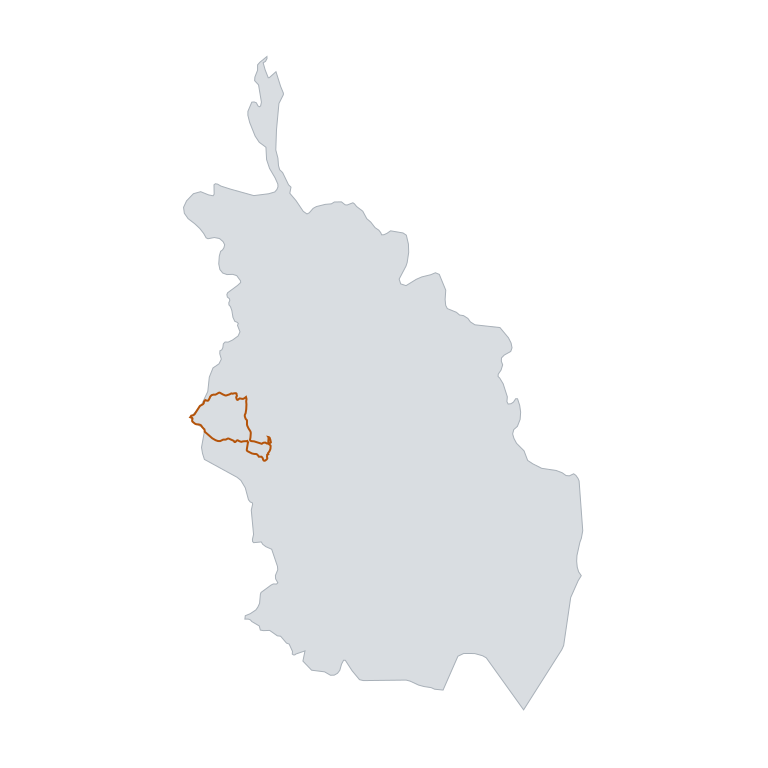 where Jawzjan sits in Afghanistan, rotated 282°
{"feature_id": "AFG-1746", "entity_name": "Jawzjan", "entity_type": "Province", "adm_level": 1, "iso_a3": "AFG", "parent_name": "Afghanistan", "parent_adm1": "", "projection": "orthographic", "projection_center": [65.748, 36.744], "detail": "fine", "context": "in_parent", "style": "outline", "palette": "amber", "viewbox_px": 768, "rotation_deg": 282, "n_neighbors": 0, "source": "natural_earth", "source_scale": "10m", "svg_char_len": 7350}
<svg xmlns="http://www.w3.org/2000/svg" viewBox="0 0 768 768"><g transform="rotate(282 384 384)"><path d="M340.0,213.2L354.4,211.7L364.2,213.4L369.4,218.4L374.5,219.7L379.4,217.1L382.4,216.6L383.6,218.2L386.1,218.8L389.9,218.5L392.0,219.8L392.6,222.9L395.5,226.7L400.6,231.3L405.1,232.3L410.9,228.5L412.9,228.9L413.8,227.6L414.3,225.0L417.8,222.4L424.2,219.9L427.8,217.7L429.1,215.9L431.3,215.3L433.7,215.8L435.3,215.1L436.5,212.7L438.8,211.7L440.8,212.1L450.0,220.3L453.5,222.7L455.1,222.2L459.4,217.4L459.8,213.2L458.4,207.7L459.0,203.2L461.8,199.7L467.1,197.4L474.9,196.3L479.8,196.6L481.6,198.2L484.1,199.1L487.1,199.2L489.8,197.0L492.1,192.8L492.0,187.6L489.5,181.6L490.0,179.6L493.8,176.3L497.8,171.5L501.5,165.4L505.0,158.0L509.5,153.2L515.1,151.2L522.1,152.8L530.5,158.0L534.0,164.7L532.5,173.1L532.6,177.7L534.3,178.4L543.5,176.3L544.8,177.4L544.9,179.7L543.7,183.3L542.7,193.2L541.2,217.5L546.1,231.6L549.1,237.2L552.0,238.8L554.8,239.3L557.5,238.6L563.0,234.6L571.1,227.2L579.1,222.5L591.0,219.3L594.5,211.7L599.7,206.4L611.8,198.3L618.5,195.0L622.4,194.2L632.2,196.1L632.9,198.3L632.5,200.7L629.9,202.8L629.2,204.4L630.3,205.5L634.2,205.5L650.5,199.1L653.8,194.4L657.4,193.9L664.6,195.1L669.9,194.0L672.9,195.7L680.0,201.4L678.0,201.9L674.9,201.0L673.1,199.0L666.6,202.4L659.5,207.1L659.8,208.1L667.0,213.4L653.6,221.0L647.6,225.1L646.1,225.4L636.5,222.9L610.2,226.0L590.4,229.5L582.8,233.3L575.6,235.4L571.9,237.4L569.7,240.9L559.0,249.2L557.2,252.1L551.0,252.2L545.0,259.9L536.1,269.1L534.3,273.3L535.9,275.3L541.1,278.2L543.5,281.0L547.5,289.2L549.3,295.1L551.7,297.6L553.3,304.5L551.2,308.7L551.4,310.7L554.8,315.9L554.1,317.6L551.9,320.3L548.6,327.3L542.1,332.8L539.6,337.4L535.1,342.7L533.4,346.9L531.4,349.3L529.4,350.7L530.0,352.9L532.0,355.6L535.2,358.6L535.7,371.2L534.2,374.9L525.9,378.8L517.8,380.8L507.7,381.4L503.9,381.0L489.8,377.0L485.4,379.5L484.8,385.1L493.1,393.8L496.6,398.7L500.6,407.0L503.5,411.2L502.7,415.3L488.6,424.9L479.4,426.2L473.7,428.0L470.9,430.3L469.2,439.9L467.2,443.5L467.4,447.6L465.6,452.4L462.7,455.6L460.8,460.6L463.3,485.7L455.1,496.1L450.5,499.8L446.0,501.7L442.2,501.2L437.3,495.6L434.0,493.5L430.7,494.0L427.4,496.1L422.0,495.6L417.4,493.7L415.1,494.0L413.8,496.0L409.0,500.5L397.1,507.3L392.3,507.9L390.2,509.6L391.1,512.3L393.2,514.4L397.0,515.9L397.3,517.7L391.2,521.2L384.9,523.5L377.7,524.5L370.3,523.3L366.4,520.4L361.9,520.2L357.8,522.4L353.5,526.0L347.7,534.9L339.1,540.4L336.9,546.0L334.3,555.8L335.2,570.4L334.2,576.8L332.3,581.1L332.7,584.4L335.6,588.2L334.5,590.7L332.0,593.4L329.7,595.0L281.8,608.9L274.0,609.1L269.9,608.5L256.3,608.4L250.7,609.3L245.0,611.1L240.8,613.4L237.5,616.8L231.9,614.8L214.0,611.0L165.6,614.1L161.0,613.1L94.3,588.3L137.4,541.0L138.7,536.9L139.2,528.8L137.0,518.0L133.1,512.9L96.9,505.4L96.0,497.0L96.8,493.3L96.4,486.0L96.7,480.4L98.8,471.3L99.0,467.2L89.6,425.5L89.7,421.5L96.9,412.4L105.7,403.6L105.4,401.9L101.2,400.7L94.8,400.3L91.4,398.7L88.9,395.9L88.0,392.2L90.1,385.7L89.0,372.7L96.1,362.3L106.5,362.2L101.6,354.0L100.5,353.1L100.2,351.7L100.8,350.4L103.4,350.1L109.9,345.3L110.3,342.5L115.8,335.3L115.5,332.0L119.2,323.4L117.7,317.4L117.6,314.2L121.4,312.3L124.1,304.2L125.5,302.3L125.8,300.2L125.1,296.8L128.5,296.5L131.5,300.9L136.3,305.6L139.5,307.0L143.6,307.9L152.7,306.8L154.6,307.1L163.8,315.3L165.4,317.3L166.0,320.5L167.5,321.5L170.9,318.5L174.1,317.6L180.2,318.7L183.5,317.7L199.0,308.5L200.3,302.3L201.9,298.8L204.0,296.8L201.7,289.5L202.6,288.2L204.7,287.6L209.7,287.7L233.0,280.4L239.1,280.5L240.4,279.9L240.8,277.7L242.6,275.5L253.6,269.9L259.9,264.1L262.2,259.7L272.9,224.0L278.4,220.9L284.0,218.7L302.9,218.1L306.4,207.0L308.1,204.4L311.4,201.9L325.3,209.7L340.0,213.2Z" fill="#d9dde1" stroke="#a8b0b8" stroke-width="1"/><path d="M311.2,201.4L311.8,201.7L312.6,201.9L313.0,202.1L313.6,203.6L314.0,204.1L314.3,204.4L315.0,205.0L324.1,208.4L324.8,209.0L326.0,210.5L326.7,211.2L327.5,211.6L328.0,211.7L329.3,211.6L329.7,211.7L330.3,212.2L330.7,212.3L331.1,212.5L331.0,212.8L330.9,214.5L331.0,214.7L331.0,215.1L331.2,215.4L331.3,215.5L331.9,215.8L334.4,216.5L335.0,216.5L335.4,216.6L336.8,217.4L337.2,217.7L337.5,218.1L337.7,218.6L337.9,219.0L338.1,219.4L338.2,219.6L338.3,219.8L338.3,220.0L338.3,220.4L338.5,221.2L338.6,221.3L339.1,222.1L341.0,224.1L341.4,225.0L341.3,225.3L341.2,225.7L341.2,225.8L341.1,226.0L340.3,228.6L340.0,230.0L339.8,231.2L340.0,232.1L340.6,233.1L341.7,235.0L342.7,236.2L343.0,236.5L343.1,236.9L343.1,237.1L343.1,237.3L343.0,237.5L343.0,237.8L343.2,238.4L343.6,239.0L343.8,239.5L344.2,241.0L344.1,241.5L343.8,241.8L343.2,241.9L343.0,242.0L342.3,242.4L342.0,242.5L341.8,242.6L341.6,242.6L340.7,242.2L340.3,242.2L340.2,242.2L338.8,242.9L338.4,243.2L338.0,243.7L338.0,244.1L338.2,244.4L339.0,245.0L339.3,245.3L339.9,245.8L340.0,248.5L340.2,249.3L340.6,249.9L341.6,250.9L342.6,251.7L341.0,252.5L340.8,252.6L340.2,252.7L339.7,252.7L338.4,252.8L335.4,253.7L330.6,254.5L326.7,254.7L325.0,254.3L323.9,254.4L323.0,254.8L321.2,255.9L321.0,256.1L320.9,256.3L320.5,256.9L320.1,257.4L319.7,257.6L315.9,258.4L314.8,258.9L312.3,260.8L310.2,262.9L309.2,263.6L308.3,263.9L303.8,264.5L301.6,264.5L301.0,264.9L300.8,265.2L300.6,265.7L300.6,266.1L300.6,266.6L300.8,268.2L300.9,268.7L300.1,276.9L301.1,277.8L301.6,278.6L301.7,279.0L301.9,279.5L302.0,279.9L302.0,280.3L301.5,281.5L301.5,282.5L301.6,282.9L301.8,283.1L307.1,282.3L307.5,282.2L307.8,282.1L308.1,281.8L308.1,282.1L308.0,282.6L307.9,282.8L307.8,283.0L307.7,283.2L307.5,283.4L307.4,283.5L307.2,283.6L306.6,283.9L305.8,284.4L305.5,284.6L304.3,285.0L304.2,285.0L303.7,285.4L303.6,285.5L303.4,285.5L303.2,285.4L302.8,285.0L302.5,284.7L302.3,284.5L302.1,284.1L301.9,283.9L301.7,283.8L301.2,284.0L301.0,284.4L301.0,284.5L300.9,284.8L300.7,285.1L300.4,285.5L300.2,285.8L299.8,286.0L297.0,286.4L295.0,286.1L293.1,285.4L292.9,285.3L292.5,285.0L292.4,285.0L292.2,285.0L291.8,285.1L291.3,285.3L291.2,285.4L290.9,285.1L290.9,284.7L290.6,284.4L290.4,284.4L290.0,284.5L288.3,284.7L287.9,284.9L287.5,285.2L287.3,285.3L287.0,285.3L286.5,285.2L285.8,284.9L284.6,283.9L284.4,283.7L284.2,283.4L284.1,283.2L284.1,282.8L284.1,282.5L284.1,282.3L284.3,282.0L284.6,281.8L285.2,281.3L286.0,280.9L286.4,280.6L286.7,280.3L287.2,279.6L287.4,279.3L287.4,279.0L287.2,278.4L286.9,276.6L287.4,276.2L287.6,276.0L287.9,275.7L288.0,275.6L288.3,275.0L288.7,274.5L288.8,274.3L288.9,273.9L288.9,273.4L288.9,273.0L288.8,272.7L288.7,272.4L288.7,272.1L288.6,271.7L288.6,269.3L289.9,264.5L290.1,264.1L290.4,263.8L290.6,263.6L291.4,263.4L298.2,263.1L298.6,263.2L298.8,263.2L298.9,262.9L299.1,262.5L299.9,262.1L299.4,261.1L299.3,260.5L299.0,259.4L298.5,257.8L297.9,256.8L297.8,256.4L297.8,255.9L298.0,254.3L298.5,252.7L298.4,252.5L298.4,252.3L298.2,251.9L298.0,251.7L297.7,251.5L296.7,250.9L296.5,250.7L296.3,250.5L296.2,250.2L296.2,249.8L296.5,249.5L296.8,249.3L297.0,248.9L297.2,248.7L297.7,246.4L298.0,244.9L298.3,243.6L298.3,243.4L298.3,243.1L298.2,242.7L297.9,242.2L297.3,241.5L297.0,241.2L296.8,240.7L296.6,240.4L296.2,238.3L294.1,235.6L293.8,234.1L293.7,233.3L293.8,232.6L294.0,231.0L295.2,227.3L299.9,218.9L300.1,218.5L300.7,218.5L302.1,217.8L304.0,215.2L305.2,214.0L305.7,213.3L305.9,212.2L305.9,211.1L305.6,208.9L305.7,207.8L306.2,206.7L306.7,205.7L307.1,204.9L307.5,204.3L308.0,204.0L308.7,203.9L310.3,203.9L310.9,203.5L311.1,202.1L311.2,201.4Z" fill="none" stroke="#b45309" stroke-width="2"/></g></svg>